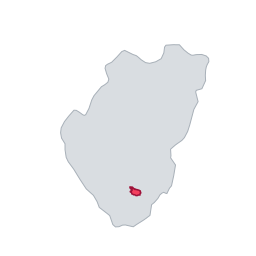 Metap, Chhukha, Bhutan (highlighted), rotated 292°
{"feature_id": "84629894B26183929812002", "entity_name": "Metap", "entity_type": "district", "adm_level": 2, "iso_a3": "BTN", "parent_name": "Bhutan", "parent_adm1": "Chhukha", "projection": "equal_earth", "projection_center": [89.421, 27.116], "detail": "fine", "context": "in_parent", "style": "filled", "palette": "rose", "viewbox_px": 256, "rotation_deg": 292, "n_neighbors": 0, "source": "geoboundaries", "source_scale": "gbopen_adm2", "svg_char_len": 3140}
<svg xmlns="http://www.w3.org/2000/svg" viewBox="0 0 256 256"><g transform="rotate(292 128 128)"><path d="M198.2,108.4L197.8,110.1L196.2,114.7L195.2,119.8L196.1,123.9L199.8,128.9L204.7,132.8L211.0,133.1L216.7,131.6L219.0,132.2L222.2,138.8L224.4,144.5L221.5,150.4L219.9,155.5L219.3,159.2L219.7,160.8L221.6,163.8L223.8,168.8L224.1,173.5L222.8,176.6L219.8,178.1L216.6,177.7L214.0,177.7L210.8,178.3L205.7,180.0L201.0,182.2L192.1,181.8L188.5,177.2L186.8,177.2L178.7,183.1L169.9,182.1L153.8,184.1L147.1,184.6L140.2,183.9L136.7,182.6L130.2,178.4L124.3,175.4L118.4,178.2L116.3,178.7L111.5,185.9L101.1,188.2L90.7,190.0L87.7,189.0L81.8,188.6L81.6,186.9L81.8,185.3L80.5,184.0L78.1,182.7L74.0,182.1L68.8,180.3L65.8,178.6L55.2,181.1L49.0,177.3L41.9,172.2L38.4,169.9L37.1,161.9L35.9,159.3L33.1,156.6L31.6,153.4L32.8,150.1L39.8,144.0L40.4,142.5L43.6,131.1L48.1,127.0L52.6,121.2L55.9,112.1L62.4,102.7L69.5,93.1L74.3,85.3L77.6,81.7L84.2,77.8L89.8,75.5L93.7,70.2L98.3,67.3L103.1,66.0L110.2,66.7L116.8,68.6L124.2,71.2L125.0,73.3L124.4,77.0L123.4,80.8L123.3,82.7L124.5,83.8L131.6,84.5L140.4,83.9L145.3,84.4L156.3,87.9L159.5,90.3L162.9,92.2L166.2,91.9L170.3,87.9L174.7,84.4L177.4,83.9L179.3,85.0L182.8,88.2L190.1,91.3L196.5,93.6L198.7,95.8L198.0,105.2L198.2,108.4Z" fill="#d9dde1" stroke="#a8b0b8" stroke-width="1"/><path d="M70.3,164.1L70.5,164.1L71.0,164.0L71.6,163.8L71.8,163.8L72.0,164.0L72.3,164.1L72.6,164.2L72.8,164.0L73.1,163.8L73.1,163.7L73.3,163.6L73.4,163.4L73.5,163.4L73.7,163.2L73.9,163.1L74.0,163.1L74.2,162.9L74.3,162.8L74.2,162.5L74.2,162.3L74.3,162.0L74.4,161.8L74.4,161.6L74.5,161.4L74.5,161.2L74.4,160.9L74.3,160.7L74.2,160.5L74.2,160.4L74.3,160.1L74.3,159.9L74.2,159.8L74.2,159.6L74.2,159.4L74.2,159.2L74.1,158.9L74.0,158.7L73.9,158.6L73.9,158.4L73.9,158.1L74.0,158.0L74.1,157.9L74.0,157.7L73.9,157.5L74.0,157.5L74.0,157.4L74.0,157.2L74.0,156.9L73.9,156.9L74.0,156.7L74.1,156.4L74.0,156.2L73.9,155.9L73.9,155.6L73.9,155.4L73.9,155.2L74.0,155.2L74.1,154.9L74.2,155.0L74.4,155.0L74.4,154.9L74.6,154.8L74.6,154.7L74.8,154.4L74.8,154.2L74.7,153.8L74.6,153.5L74.3,152.6L74.2,152.3L74.2,152.1L74.1,151.9L73.9,151.9L73.6,152.1L73.4,152.3L73.3,152.5L73.1,152.6L73.2,152.8L73.2,153.0L73.1,153.3L72.9,153.4L72.9,153.6L72.8,153.9L72.9,154.1L72.9,154.4L72.9,154.5L72.7,154.7L72.4,154.8L72.2,154.8L72.0,155.0L71.9,155.0L71.7,155.1L71.5,154.9L71.4,154.9L71.2,154.8L71.2,154.7L71.1,154.8L70.9,154.9L70.7,154.9L70.6,154.7L70.5,154.4L70.4,154.2L70.1,153.9L69.9,153.9L69.7,154.0L69.6,154.3L69.6,154.5L69.5,154.8L69.5,155.0L69.5,155.3L69.4,155.4L69.3,155.5L69.2,155.6L69.0,155.8L68.9,155.9L68.8,156.0L68.7,156.0L68.4,156.2L68.4,156.3L68.3,156.5L68.4,156.8L68.4,157.0L68.4,157.3L68.4,157.5L68.3,157.8L68.3,158.0L68.2,158.1L68.3,158.3L68.3,158.5L68.4,158.8L68.5,158.9L68.6,159.0L68.6,159.3L68.6,159.5L68.5,159.8L68.5,160.0L68.5,160.3L68.5,160.5L68.4,160.6L68.3,160.8L68.4,161.0L68.5,161.0L68.6,161.3L68.7,161.5L68.8,161.7L68.8,161.8L69.0,161.9L69.0,162.0L69.2,162.3L69.3,162.3L69.5,162.4L69.5,162.5L69.8,162.8L69.9,163.0L70.0,163.1L70.0,163.3L70.1,163.5L70.3,163.7L70.3,163.8L70.3,164.0L70.3,164.1Z" fill="#f43f5e" stroke="#9f1239" stroke-width="1.5"/></g></svg>